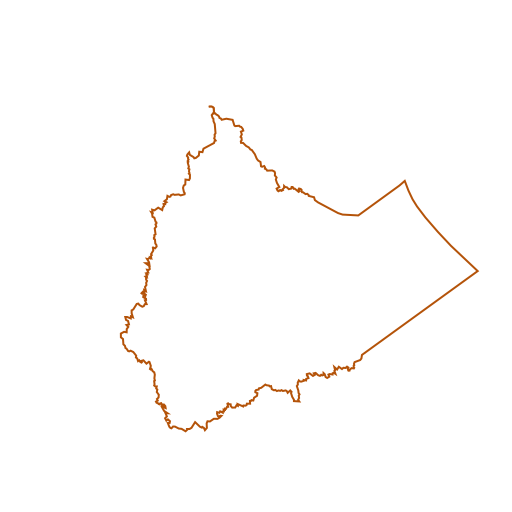 Karongi, Western, Rwanda, rotated 144°
{"feature_id": "39286606B2179123121438", "entity_name": "Karongi", "entity_type": "district", "adm_level": 2, "iso_a3": "RWA", "parent_name": "Rwanda", "parent_adm1": "Western", "projection": "equal_earth", "projection_center": [29.451, -2.174], "detail": "fine", "context": "isolated", "style": "outline", "palette": "amber", "viewbox_px": 512, "rotation_deg": 144, "n_neighbors": 0, "source": "geoboundaries", "source_scale": "gbopen_adm2", "svg_char_len": 6157}
<svg xmlns="http://www.w3.org/2000/svg" viewBox="0 0 512 512"><g transform="rotate(144 256 256)"><path d="M380.7,287.3L386.7,284.9L388.6,285.1L390.3,282.7L391.6,278.8L392.7,280.7L394.0,279.1L396.1,282.4L397.6,283.5L398.7,280.7L397.7,278.6L399.0,275.3L401.3,276.3L401.0,273.7L403.5,272.9L405.5,270.3L407.3,272.2L410.9,272.7L413.1,269.6L412.4,267.0L415.2,262.5L414.8,260.4L415.7,258.2L415.2,257.2L415.3,254.2L414.5,253.3L413.1,253.1L411.7,250.4L411.5,245.8L412.8,244.5L412.3,243.0L413.2,240.3L411.8,240.3L411.9,238.4L411.3,237.1L410.7,237.2L410.3,238.5L408.4,237.8L407.9,233.3L404.8,233.4L404.5,232.8L405.7,228.9L408.2,226.9L407.9,226.1L407.0,226.4L406.9,225.7L407.3,223.6L406.7,221.7L407.6,219.5L410.1,216.8L411.0,214.7L411.9,214.7L413.5,211.8L414.5,211.1L414.1,209.6L413.0,208.8L414.6,207.5L414.3,206.0L416.2,204.3L416.2,200.9L418.0,198.8L420.2,198.5L420.5,196.8L422.5,197.0L422.7,195.7L421.9,194.7L421.8,193.5L421.1,192.5L420.3,193.1L419.2,192.7L419.4,191.1L417.8,190.0L417.6,187.9L418.5,186.1L419.0,186.9L419.2,189.8L419.7,190.3L420.8,189.8L421.4,184.7L420.0,180.8L421.6,182.1L422.4,178.6L424.9,178.2L425.3,175.5L423.3,175.6L422.7,172.9L424.0,171.7L425.5,172.7L426.5,168.8L426.3,167.2L425.7,166.3L423.3,166.8L421.8,165.6L419.9,161.8L417.8,159.9L416.0,155.6L413.6,155.9L413.4,156.5L411.4,155.1L409.2,154.9L402.9,157.4L401.7,150.8L400.7,149.0L399.9,149.3L399.2,147.6L399.7,145.1L396.8,145.8L394.3,149.6L392.4,150.8L390.5,149.2L385.8,149.1L382.9,146.9L380.5,146.6L378.0,147.0L378.8,147.8L380.2,147.8L380.9,148.9L380.2,151.4L379.2,152.5L377.8,150.7L376.3,151.4L375.0,148.8L374.4,149.7L373.3,149.1L372.4,150.8L371.5,149.8L370.8,150.8L370.0,150.0L368.1,151.0L367.2,150.4L365.9,153.3L365.2,153.2L365.2,152.3L363.7,150.9L364.6,149.5L364.4,147.4L361.9,145.6L359.5,146.7L358.8,145.5L357.9,147.1L354.8,141.8L354.0,142.4L352.3,141.0L351.1,141.0L350.2,141.9L347.6,140.0L346.1,142.3L344.8,141.6L344.3,142.0L343.1,140.7L340.8,142.5L337.3,142.3L335.5,144.2L336.6,146.2L335.9,147.2L334.7,147.5L332.4,146.4L331.4,147.2L329.3,146.3L324.0,146.5L323.5,145.3L321.6,143.5L321.6,142.5L320.3,141.9L321.5,139.0L320.4,136.8L319.1,136.3L318.5,134.5L316.7,133.9L315.7,132.7L314.2,132.5L313.6,131.0L311.0,129.8L310.5,128.6L310.8,126.7L307.3,127.1L307.1,125.2L308.2,124.6L309.5,120.7L309.8,117.4L310.6,116.3L306.5,112.9L306.4,114.9L304.6,115.8L303.5,117.9L302.1,118.5L302.1,120.1L300.8,122.4L299.4,126.8L297.7,127.4L296.7,129.0L294.5,130.2L294.2,128.6L293.1,127.7L290.5,126.9L290.2,127.6L288.6,125.9L287.6,127.1L285.3,126.4L284.7,128.4L285.1,129.3L284.3,130.6L281.6,129.5L280.4,125.5L278.3,125.3L278.2,127.1L276.5,126.4L275.8,123.0L274.7,121.4L273.1,121.6L272.7,120.5L271.4,120.1L270.2,121.6L269.9,120.0L270.8,117.2L270.1,115.5L267.6,115.3L267.1,117.5L265.8,117.2L263.7,115.1L262.9,116.1L261.7,115.8L261.0,114.0L260.1,117.0L259.1,117.2L257.9,120.1L257.1,116.5L254.1,117.7L252.9,114.0L251.0,114.2L249.4,112.8L247.4,113.0L246.9,111.6L247.9,111.4L247.9,109.6L248.5,109.6L248.6,108.9L247.7,108.3L246.8,109.0L244.6,109.1L242.9,107.5L242.3,107.8L242.4,108.5L241.4,109.9L240.7,109.9L240.1,111.2L238.6,112.2L232.9,110.6L231.0,111.1L228.4,113.7L85.5,113.5L92.3,149.7L94.7,168.8L96.3,187.6L96.6,201.5L96.0,209.9L94.2,219.4L91.5,229.3L98.5,228.7L149.4,228.7L161.6,238.6L164.4,242.5L174.3,262.9L175.5,266.6L174.5,269.4L178.0,273.6L177.6,274.5L178.0,276.2L179.5,276.9L180.5,279.9L181.3,280.6L181.1,281.8L180.3,282.5L180.4,283.9L181.5,285.3L182.2,285.0L182.1,284.2L183.1,284.1L182.9,282.9L183.8,282.8L185.1,287.8L185.9,288.1L185.8,290.3L186.6,290.9L187.8,289.8L190.2,290.8L190.6,293.4L191.9,294.7L192.1,296.1L193.3,294.6L195.6,294.2L195.6,293.5L197.2,293.8L197.5,294.9L198.3,295.0L198.3,296.1L198.8,295.1L199.8,295.2L200.1,296.4L199.7,298.4L196.6,298.1L196.1,302.8L195.0,306.2L193.2,307.4L193.4,310.1L191.9,311.8L191.4,313.4L192.6,315.7L196.8,318.5L196.7,320.1L197.5,321.4L196.6,322.3L196.5,324.0L198.6,324.6L199.2,325.6L197.1,329.4L198.2,332.1L198.2,334.4L197.1,339.0L197.1,344.3L197.9,345.4L198.0,348.1L199.3,350.8L200.0,355.1L201.6,356.3L200.9,357.7L199.4,358.2L198.2,360.3L198.5,361.4L196.0,362.7L195.1,365.5L192.6,364.9L192.0,366.7L192.1,369.1L193.0,370.2L193.1,371.3L196.5,373.3L196.8,374.3L194.9,379.9L199.3,384.5L203.7,386.4L203.6,387.8L204.4,389.2L203.9,390.6L204.3,392.7L204.9,393.5L205.2,395.5L206.9,396.2L205.3,397.2L203.1,400.5L203.2,401.5L203.6,402.4L204.2,403.3L205.4,404.2L206.5,404.5L204.1,403.0L203.3,401.1L203.6,400.1L205.5,397.1L209.0,396.0L209.9,393.4L209.8,392.1L211.2,389.9L211.8,387.0L216.6,379.1L218.2,378.5L219.1,376.9L220.7,375.7L220.8,373.1L221.9,373.4L223.5,372.1L235.4,373.7L238.3,371.5L240.6,373.7L243.2,370.9L247.1,370.7L248.5,371.3L248.4,372.7L250.1,376.8L249.2,379.1L251.8,378.5L253.1,377.6L253.0,375.6L253.9,374.5L253.9,373.6L255.5,373.0L255.4,371.9L256.4,371.6L257.8,367.7L259.3,366.6L258.9,365.3L260.4,364.0L261.1,362.1L261.9,362.0L261.7,360.5L263.9,357.6L265.5,356.8L268.1,359.3L271.2,355.4L273.0,355.5L275.0,354.0L276.7,350.2L276.7,348.7L277.5,347.9L281.3,349.3L282.3,351.2L285.9,353.3L286.7,354.6L288.9,355.2L290.3,354.4L291.4,354.8L292.3,356.7L294.7,354.3L297.8,354.2L296.8,352.1L298.4,352.2L299.0,351.3L300.2,352.4L301.2,350.4L302.7,350.2L304.9,348.3L306.7,352.6L311.3,352.6L312.8,354.5L314.2,351.7L315.0,352.9L315.1,351.5L316.7,348.5L315.7,346.8L317.1,342.7L316.8,341.7L317.5,340.8L318.7,340.7L319.4,338.4L321.7,337.9L324.5,332.6L326.0,332.7L326.8,331.2L327.8,330.9L328.5,329.9L328.0,328.8L330.1,325.3L330.1,323.5L330.8,322.1L333.1,321.5L334.7,324.1L334.5,323.2L335.9,320.8L339.8,319.2L339.8,318.0L341.1,317.7L342.0,315.8L342.7,317.2L343.1,316.5L343.5,317.2L345.3,317.0L345.9,317.7L346.2,313.8L347.3,311.7L347.7,313.7L349.5,315.0L348.2,310.8L349.6,307.9L351.1,307.8L352.2,308.9L352.9,305.8L355.0,306.6L354.8,304.8L355.8,305.1L356.3,303.6L357.5,304.2L357.3,302.7L357.8,302.9L358.8,301.5L358.8,299.9L360.7,298.8L361.7,296.9L364.0,296.2L365.7,292.3L366.5,294.2L367.5,292.4L368.3,293.6L370.5,293.2L370.3,292.4L369.1,292.4L367.9,289.4L369.0,288.7L369.2,290.1L370.3,290.2L371.4,289.0L370.1,286.1L370.8,285.0L371.9,285.5L372.8,281.4L374.3,282.4L376.3,281.4L377.8,281.8L379.1,284.8L379.2,286.7L380.7,287.3Z" fill="none" stroke="#b45309" stroke-width="2"/></g></svg>